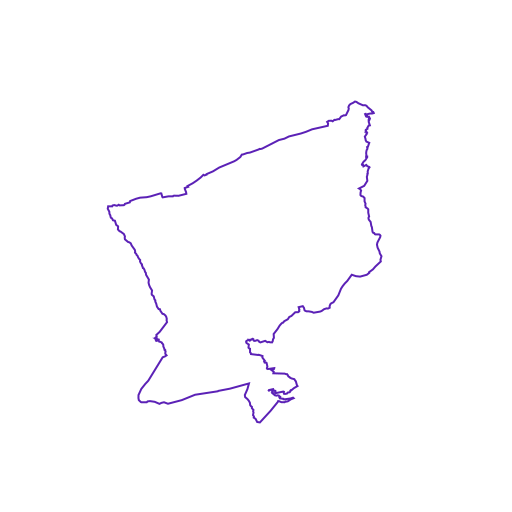 Hurezani, Gorj, Romania, rotated 140°
{"feature_id": "2599482B54344655649638", "entity_name": "Hurezani", "entity_type": "district", "adm_level": 2, "iso_a3": "ROU", "parent_name": "Romania", "parent_adm1": "Gorj", "projection": "robinson", "projection_center": [23.638, 44.803], "detail": "fine", "context": "isolated", "style": "outline", "palette": "violet", "viewbox_px": 512, "rotation_deg": 140, "n_neighbors": 0, "source": "geoboundaries", "source_scale": "gbopen_adm2", "svg_char_len": 6112}
<svg xmlns="http://www.w3.org/2000/svg" viewBox="0 0 512 512"><g transform="rotate(140 256 256)"><path d="M337.3,389.1L339.2,387.5L339.9,384.2L341.1,382.6L341.5,380.7L342.3,379.4L342.5,378.2L342.1,377.3L342.6,375.3L341.4,373.7L343.1,369.7L342.6,367.7L342.7,367.2L344.7,365.1L344.6,362.6L344.1,362.0L343.1,357.8L343.8,355.3L344.9,354.3L345.7,353.0L345.0,349.0L344.2,347.8L343.8,346.2L344.5,343.9L344.9,338.6L345.6,337.2L346.5,336.4L346.4,334.5L346.8,333.5L346.6,332.4L347.2,330.6L347.4,328.7L347.3,327.4L348.4,326.3L348.9,324.1L348.7,322.9L349.6,321.9L349.6,321.1L350.4,319.5L350.0,318.8L350.3,317.2L351.2,315.1L351.2,314.0L352.3,312.2L353.2,306.8L355.5,304.6L356.5,302.5L357.2,300.3L357.8,296.4L360.3,294.1L360.7,293.3L360.3,290.8L361.7,287.9L361.6,286.8L362.5,285.7L363.0,283.8L364.4,280.9L364.7,277.9L363.8,277.0L364.5,275.4L364.8,271.8L364.0,270.9L363.6,268.6L363.9,267.0L364.8,265.1L365.7,264.4L366.7,262.5L378.6,259.8L383.1,259.6L383.8,258.2L385.3,258.1L384.9,257.0L385.3,256.8L386.0,257.3L385.7,256.5L386.7,256.4L387.0,255.1L386.4,254.7L385.0,255.6L384.2,254.5L384.9,253.9L385.2,252.6L384.4,251.7L383.8,250.2L384.1,249.6L383.9,248.7L384.1,247.6L385.1,246.3L385.8,244.0L386.4,242.9L386.0,242.5L386.0,242.2L386.5,241.8L386.7,240.9L388.0,239.9L388.4,239.0L388.4,237.4L390.3,237.6L392.6,238.4L418.7,229.7L422.9,229.2L429.3,227.9L435.4,225.0L437.4,222.7L438.4,220.9L438.1,218.2L437.8,217.6L433.7,214.2L432.5,214.3L430.5,213.0L427.3,209.4L425.0,204.8L422.9,204.3L420.5,203.1L418.4,199.4L405.5,193.3L391.9,188.9L372.2,176.9L371.6,176.9L361.2,171.1L343.3,162.9L348.2,159.5L353.9,156.7L355.0,154.9L354.5,151.7L354.6,149.5L355.0,147.5L356.3,145.5L356.4,144.3L356.1,143.1L357.0,142.0L356.9,139.7L358.0,138.9L358.5,137.7L360.6,136.0L360.7,134.5L361.1,133.8L361.6,133.6L361.0,131.5L361.8,128.1L360.0,126.0L344.5,128.0L332.6,130.3L333.2,131.0L331.8,130.2L330.5,127.7L328.1,125.6L326.7,125.4L326.2,124.8L324.9,124.2L321.4,123.8L318.6,122.9L318.7,123.7L321.0,124.6L326.5,128.0L327.0,128.6L326.8,129.0L329.2,131.6L329.0,132.4L328.5,132.1L327.9,132.6L328.3,133.8L328.2,134.4L329.0,135.4L329.9,135.7L331.0,137.0L331.4,139.2L330.9,139.6L331.4,139.8L331.7,140.5L331.3,141.1L331.3,141.5L330.2,141.6L330.0,143.4L331.2,144.3L333.4,144.6L332.3,145.0L328.4,143.0L328.9,141.4L327.9,140.3L328.4,139.7L328.4,139.0L329.1,138.3L322.2,134.6L321.9,134.0L322.7,133.4L323.1,132.4L322.3,131.6L320.7,130.7L319.5,131.0L317.8,130.0L316.6,130.2L316.4,130.7L315.6,130.9L314.8,130.4L311.9,130.4L307.8,129.7L307.7,130.7L306.0,134.5L306.1,135.2L305.8,137.0L307.5,139.4L308.2,141.0L308.1,141.9L308.5,142.4L308.6,143.2L308.2,144.2L308.2,145.6L308.7,145.8L309.7,147.5L318.1,155.0L316.8,156.0L317.5,158.9L314.7,157.9L314.1,158.4L319.6,161.8L320.0,162.6L319.8,163.1L318.4,163.9L316.6,167.3L316.6,167.6L317.9,168.8L317.5,170.1L316.6,170.1L316.4,174.1L315.3,175.2L317.4,178.6L317.9,178.7L322.9,184.1L322.4,184.9L322.5,186.0L320.2,188.8L320.6,189.5L320.7,190.6L318.4,192.8L319.2,195.5L318.8,196.6L317.9,197.1L316.5,196.7L315.9,196.9L315.8,196.3L314.6,195.8L314.9,195.1L312.1,194.9L311.7,194.7L311.5,193.9L312.1,193.2L312.0,192.2L311.1,191.5L309.2,190.8L308.5,189.5L308.7,188.3L308.2,187.0L303.5,185.1L302.7,182.6L301.3,181.9L300.7,180.8L299.2,179.5L297.8,180.1L296.6,181.2L294.9,181.8L292.6,184.9L286.5,186.2L282.6,187.5L280.1,187.9L278.7,187.9L278.0,187.5L276.3,187.9L272.3,187.1L269.7,187.9L267.4,187.3L262.1,187.7L259.9,185.9L258.7,185.8L258.4,185.8L257.9,186.8L257.3,186.9L256.2,189.4L252.4,187.5L252.6,185.4L253.7,183.2L253.5,182.3L252.8,181.1L251.2,179.7L249.1,177.2L248.3,175.5L242.6,172.2L241.1,171.7L238.0,171.5L235.6,170.5L234.7,169.5L232.8,169.0L231.8,170.3L230.0,171.3L228.8,171.4L226.4,170.8L218.3,172.9L211.9,176.3L209.0,177.2L205.6,177.9L202.2,178.2L194.7,180.1L192.4,176.3L189.5,173.3L183.2,170.4L180.1,170.3L179.8,170.9L175.0,170.6L171.3,171.2L163.9,171.6L163.1,173.1L160.0,175.2L159.5,178.4L158.5,180.1L157.5,184.2L156.0,187.0L154.3,188.3L148.8,190.6L147.6,191.5L147.5,192.6L147.8,193.4L150.7,195.8L150.9,196.4L150.7,197.6L151.3,198.3L151.2,199.6L148.7,203.6L148.3,205.0L146.3,208.4L146.2,211.3L145.8,212.3L145.0,213.2L144.0,213.5L142.2,217.0L140.0,219.6L140.0,220.5L140.7,222.9L140.1,223.6L139.7,224.7L138.5,225.6L137.7,228.1L135.6,230.6L135.7,232.6L136.8,234.3L136.8,235.6L135.0,237.5L133.4,238.6L133.3,240.3L133.7,241.5L128.0,240.2L122.4,242.0L120.2,245.4L118.4,246.6L118.0,247.3L117.4,247.3L116.0,249.1L113.6,250.6L112.0,251.0L112.0,251.4L113.0,253.2L113.0,254.9L116.1,255.6L115.5,256.9L116.2,257.4L116.0,258.1L112.9,259.1L110.8,259.1L107.3,260.2L106.9,260.7L107.8,261.3L106.4,262.6L105.5,264.0L104.0,265.4L103.0,266.1L101.7,266.5L100.9,268.0L100.2,267.7L96.5,269.9L97.9,272.7L97.5,274.4L97.0,275.0L95.9,277.5L92.8,278.3L92.6,278.8L91.7,278.9L91.6,279.7L92.2,280.6L91.4,280.8L91.3,281.7L90.8,282.1L88.8,281.8L88.4,282.6L85.9,283.5L84.8,282.9L83.5,286.2L82.2,287.9L81.5,288.4L81.6,287.4L80.4,288.0L79.9,290.1L81.4,291.1L82.0,292.1L81.2,294.6L80.6,294.4L80.7,293.2L80.1,292.6L79.4,292.9L78.8,292.7L77.2,291.9L75.3,290.4L73.9,289.8L73.8,290.1L73.6,291.0L74.2,291.9L73.9,293.4L74.8,298.0L74.8,300.1L75.5,301.4L77.2,302.7L79.4,307.2L80.0,309.5L80.9,310.7L83.1,310.9L86.0,311.7L87.9,311.5L89.6,310.6L90.1,309.4L91.3,308.4L96.5,306.1L97.6,306.6L98.2,307.3L101.2,308.1L104.3,307.3L105.0,308.0L107.9,309.3L108.4,309.9L110.7,309.9L111.2,311.1L113.4,312.8L115.3,313.0L115.5,311.3L117.3,309.6L131.6,317.0L137.9,319.0L142.9,321.0L153.9,326.4L158.8,327.6L163.9,330.1L182.2,334.3L183.7,335.0L184.5,335.8L185.2,335.8L194.1,339.1L196.6,340.6L200.6,342.1L201.7,342.8L204.4,341.9L209.2,342.1L211.9,342.6L227.3,347.4L234.6,348.5L241.2,350.5L241.5,350.1L243.6,350.8L244.1,352.0L247.9,351.7L253.0,351.9L257.7,352.4L263.5,353.6L263.6,352.6L266.9,353.9L267.4,353.2L268.5,349.9L269.4,348.4L276.6,351.9L279.9,354.8L280.6,355.2L281.3,355.1L284.6,357.9L289.8,360.9L289.8,361.5L288.3,364.8L288.7,365.3L298.3,369.4L301.9,371.3L307.3,375.2L311.0,376.9L317.1,379.0L318.2,378.2L322.9,380.2L323.8,379.8L324.6,379.9L327.9,382.4L328.2,383.5L329.8,383.7L330.6,384.3L331.8,386.1L333.4,386.9L334.3,386.5L337.3,389.1Z" fill="none" stroke="#5b21b6" stroke-width="2"/></g></svg>